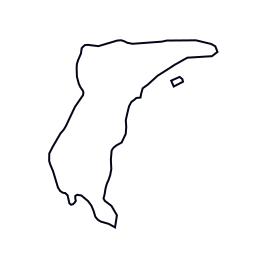 outline of Ōsaka, rotated 192°
{"feature_id": "JPN-1852", "entity_name": "Ōsaka", "entity_type": "Urban Prefecture", "adm_level": 1, "iso_a3": "JPN", "parent_name": "Japan", "parent_adm1": "", "projection": "albers", "projection_center": [135.469, 34.636], "detail": "fine", "context": "isolated", "style": "outline", "palette": "ink", "viewbox_px": 256, "rotation_deg": 192, "n_neighbors": 0, "source": "natural_earth", "source_scale": "10m", "svg_char_len": 1291}
<svg xmlns="http://www.w3.org/2000/svg" viewBox="0 0 256 256"><g transform="rotate(192 128 128)"><path d="M56.3,221.0L60.8,215.7L84.6,209.1L95.4,199.6L101.1,193.9L109.9,185.3L117.6,174.6L121.9,169.9L122.3,163.5L122.1,160.4L126.1,159.1L128.0,156.5L130.1,154.3L131.5,149.5L131.7,143.5L131.8,135.3L129.9,128.5L129.0,121.7L131.2,112.5L135.7,108.6L137.9,105.9L138.4,105.0L138.8,104.1L139.3,102.3L138.2,93.6L135.8,84.4L135.6,78.2L136.2,73.3L137.1,69.0L137.4,64.6L137.1,57.9L137.3,54.0L135.5,51.9L128.0,48.4L120.7,40.3L120.0,28.1L126.8,30.2L135.1,30.8L138.3,31.9L141.5,34.4L144.5,39.9L147.7,44.5L151.9,48.2L159.6,52.3L163.8,52.1L165.4,50.6L164.9,48.0L163.9,45.9L164.7,43.9L166.0,42.0L167.8,41.1L169.7,42.2L173.1,49.6L175.9,51.3L178.3,51.1L181.3,52.3L184.1,55.2L192.4,70.3L196.6,76.3L198.3,79.5L199.7,86.7L197.8,93.8L192.9,108.7L190.5,113.0L189.1,117.2L184.3,137.6L178.8,150.8L179.0,153.5L179.9,155.1L183.1,158.1L185.3,161.0L188.6,167.5L190.6,175.5L191.3,179.9L190.9,184.0L189.5,191.0L189.9,196.4L188.7,198.4L187.4,200.1L184.5,201.0L174.0,201.9L156.7,211.3L153.0,212.4L149.3,212.0L146.3,211.2L141.1,211.3L112.9,219.5L108.2,221.6L79.8,227.9L64.3,227.5L59.6,226.1L56.3,221.0ZM83.8,184.7L91.9,178.1L95.6,183.3L88.1,188.7L85.0,187.1L83.8,184.7Z" fill="none" stroke="#020617" stroke-width="2"/></g></svg>